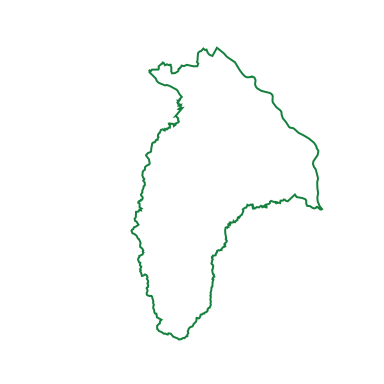 outline of Morales, Bolívar, Colombia, rotated 310°
{"feature_id": "7082276B13474155488733", "entity_name": "Morales", "entity_type": "district", "adm_level": 2, "iso_a3": "COL", "parent_name": "Colombia", "parent_adm1": "Bolívar", "projection": "robinson", "projection_center": [-74.012, 8.269], "detail": "fine", "context": "isolated", "style": "outline", "palette": "green", "viewbox_px": 384, "rotation_deg": 310, "n_neighbors": 0, "source": "geoboundaries", "source_scale": "gbopen_adm2", "svg_char_len": 6066}
<svg xmlns="http://www.w3.org/2000/svg" viewBox="0 0 384 384"><g transform="rotate(310 192 192)"><path d="M64.6,253.6L64.8,254.2L64.2,255.8L65.1,258.6L65.4,261.7L66.5,262.7L66.6,263.8L67.3,265.1L68.6,264.8L69.8,266.8L69.1,270.7L70.6,275.0L70.6,276.8L72.7,278.5L74.5,279.0L75.2,280.2L77.9,280.4L78.6,281.1L79.8,280.1L81.5,279.9L82.3,278.5L85.2,277.4L87.1,277.4L88.8,278.5L90.4,278.7L91.7,278.1L95.4,278.4L97.2,277.5L98.0,276.6L98.6,276.5L99.5,278.4L100.0,278.7L101.8,278.4L103.4,277.5L104.3,277.8L104.7,278.4L106.1,278.6L106.8,279.5L107.7,279.3L109.8,280.3L111.3,280.2L112.0,279.4L113.9,279.2L114.6,279.9L117.6,279.0L118.5,277.8L120.4,276.7L121.4,275.2L123.8,273.8L124.3,272.7L125.3,272.6L126.8,270.9L128.7,270.2L131.6,268.2L132.6,268.4L136.7,265.4L138.3,264.9L138.4,263.8L139.0,264.0L139.2,263.4L140.0,263.1L141.5,263.5L141.9,262.4L142.8,261.8L142.7,260.7L144.1,258.8L145.5,257.4L146.1,257.5L149.0,255.8L149.6,254.5L149.4,253.6L149.8,252.7L151.3,252.3L151.9,251.6L153.8,251.2L154.0,249.9L154.9,249.1L155.5,249.6L156.6,248.9L158.7,250.8L160.5,249.8L161.5,250.0L162.9,249.1L164.5,249.7L165.0,250.8L166.3,251.2L166.5,251.8L167.2,251.3L169.5,251.2L171.6,252.4L172.1,251.0L172.9,251.3L173.4,250.2L175.6,250.5L176.9,250.2L177.4,248.4L178.1,248.3L178.5,247.5L179.1,247.4L181.4,244.4L184.0,242.0L186.4,240.6L187.2,241.2L187.4,242.0L188.3,241.7L188.7,242.4L190.7,240.5L191.1,240.7L191.3,242.3L191.8,242.1L193.0,240.6L193.5,241.0L194.0,242.2L195.6,243.2L196.4,242.7L196.2,243.9L196.5,244.4L198.3,244.2L199.5,244.9L200.1,244.3L200.9,244.2L201.8,243.5L202.2,243.7L202.4,244.4L203.0,243.9L203.8,244.6L205.0,244.3L206.7,244.8L210.6,243.5L211.3,242.1L213.9,242.7L215.0,243.6L217.8,242.7L218.2,244.3L219.9,245.0L220.3,246.0L221.0,246.0L221.4,246.5L221.0,247.2L220.2,247.3L220.0,248.3L219.3,248.3L218.5,249.3L219.6,250.7L220.3,250.5L221.2,251.2L222.1,251.3L223.2,253.2L225.8,253.7L226.2,254.6L225.5,255.7L226.0,256.1L227.6,256.2L227.4,257.5L228.1,259.0L228.6,258.7L229.4,256.6L230.1,256.8L230.8,257.6L232.7,258.7L233.5,258.8L234.8,258.0L236.1,258.4L236.8,260.7L237.6,261.8L237.5,262.9L238.1,262.5L238.8,263.7L238.4,264.2L238.6,264.7L239.7,265.4L240.2,266.6L242.3,265.4L243.9,267.2L245.3,267.2L245.7,267.9L245.7,269.9L246.4,271.3L256.2,272.5L255.4,275.5L258.3,280.4L259.3,283.5L259.0,284.9L256.5,287.0L255.4,289.1L257.1,291.6L257.3,294.6L258.0,296.2L259.3,297.1L260.7,297.0L261.1,297.4L261.1,301.4L261.5,302.2L262.5,302.6L263.1,299.1L265.4,294.6L268.0,291.8L272.4,289.2L275.4,285.7L280.1,281.5L283.4,279.9L288.8,272.4L289.6,269.3L291.3,266.6L293.7,265.2L301.0,264.5L303.9,262.9L304.9,262.2L305.6,259.5L306.6,258.4L307.4,256.5L308.2,253.6L308.1,247.1L307.1,240.9L305.8,235.5L306.1,229.4L305.9,228.4L304.3,225.7L304.2,224.7L306.0,218.9L306.8,214.3L308.6,211.3L310.8,209.0L311.3,207.3L311.2,202.1L312.5,196.6L313.4,195.2L317.1,192.4L317.8,191.6L318.1,190.4L318.1,188.9L317.7,187.6L314.1,180.2L313.3,175.3L313.7,173.3L314.9,171.2L318.6,168.7L319.8,166.2L319.1,163.8L318.8,163.5L318.5,163.7L316.0,161.3L315.2,160.3L314.6,158.3L314.9,154.9L316.0,150.3L319.0,141.5L318.0,131.7L318.7,127.5L318.5,118.4L309.4,120.2L308.5,117.8L308.4,116.6L308.9,114.3L310.4,111.6L309.1,110.8L309.2,108.5L305.7,108.4L304.7,107.6L303.2,107.3L302.0,107.5L295.8,112.0L294.7,112.2L294.4,114.3L291.8,115.2L289.2,112.3L286.1,106.3L283.2,104.9L282.2,102.8L280.7,103.2L279.7,102.9L278.8,103.3L278.3,103.2L277.9,102.6L277.3,102.7L276.2,103.6L275.1,103.6L272.2,102.6L270.1,100.5L271.0,98.6L274.1,96.2L274.8,95.1L275.0,94.1L275.7,93.9L275.6,93.5L274.1,92.4L273.8,90.8L271.7,89.9L272.5,87.9L272.7,87.1L272.3,86.3L271.5,86.9L270.2,86.2L266.8,85.7L265.3,87.2L264.2,87.5L260.0,82.7L257.8,82.7L257.9,81.4L257.4,81.4L257.3,82.7L256.4,82.7L255.7,91.3L254.4,93.7L254.2,96.1L256.3,102.8L257.7,103.8L258.9,106.7L260.5,114.5L260.3,115.8L258.8,119.8L258.3,123.0L254.8,122.9L254.9,123.4L254.0,123.5L253.3,123.4L252.8,122.6L252.5,123.5L251.2,123.3L250.7,124.4L251.1,124.7L250.7,125.2L251.0,125.9L249.5,126.2L250.0,126.8L251.1,126.5L251.5,127.0L250.8,126.9L251.0,127.8L250.4,127.7L249.7,128.4L249.8,129.3L248.8,129.4L248.0,128.6L246.9,128.4L247.2,129.2L248.0,129.1L249.9,130.6L239.6,130.6L240.1,130.9L239.5,132.5L239.7,133.3L239.1,134.6L238.2,134.9L237.5,136.6L236.6,136.8L234.0,135.4L233.1,136.2L230.9,135.7L232.2,134.2L231.3,132.6L230.8,132.3L230.3,130.9L229.5,130.3L229.1,130.8L228.9,132.2L227.1,133.7L226.5,132.9L225.4,132.9L224.9,132.2L224.0,132.6L223.3,131.8L223.0,130.8L221.6,131.6L221.2,130.8L221.6,130.2L221.3,129.4L219.7,128.3L216.2,129.3L215.7,128.9L214.1,129.2L212.7,130.1L212.5,131.1L210.5,131.4L210.0,132.1L208.4,131.0L206.8,131.6L205.9,131.4L205.2,130.5L203.6,130.3L198.4,133.3L197.3,134.3L196.1,134.6L193.5,133.2L190.8,133.1L190.4,133.4L189.3,138.2L186.5,141.4L185.4,141.4L182.9,140.3L181.4,140.1L180.8,140.1L178.7,141.6L177.0,141.1L175.8,141.3L172.8,143.3L171.7,145.2L171.3,147.2L169.4,147.3L168.9,149.6L166.8,151.6L165.4,151.3L163.2,152.5L161.1,153.0L159.9,154.2L157.3,154.5L156.8,155.0L156.3,157.4L155.7,158.2L154.0,158.7L153.2,157.9L152.2,158.3L151.6,157.5L150.2,157.2L149.5,157.5L149.2,157.9L149.6,158.4L149.5,159.2L146.6,161.7L146.8,163.9L146.1,163.5L145.2,164.7L144.5,163.1L142.7,163.6L140.8,161.9L136.5,165.2L134.5,165.3L133.3,167.1L133.7,168.4L132.5,172.1L129.3,171.2L127.5,170.2L125.8,170.9L124.7,170.3L123.5,170.5L122.1,172.9L122.8,174.8L122.9,177.6L121.6,180.5L121.8,181.7L119.9,185.4L118.2,186.2L116.6,187.7L116.7,190.1L116.0,192.2L114.8,192.4L114.4,193.8L113.6,193.7L112.4,194.3L109.0,192.7L108.5,193.4L106.8,193.5L105.6,194.1L104.1,196.7L104.6,197.9L102.4,199.2L102.1,201.3L99.6,201.8L99.2,203.0L98.0,203.1L97.5,204.8L95.5,207.6L97.0,208.6L98.5,208.9L98.8,209.5L99.1,210.7L98.1,212.8L96.5,213.2L95.9,215.2L94.5,216.6L93.4,216.5L92.4,218.5L90.7,219.4L89.7,218.9L89.1,219.1L88.3,220.9L87.5,221.6L85.4,222.2L84.5,223.1L84.2,224.1L84.4,224.7L85.2,226.6L86.3,227.6L86.3,228.3L83.3,232.8L82.1,233.4L81.1,235.3L79.6,235.8L78.0,237.1L77.4,238.6L75.6,240.6L75.2,242.0L75.9,242.9L73.5,245.7L74.5,250.8L72.4,250.6L70.7,251.8L69.7,251.4L67.0,251.3L64.6,253.6Z" fill="none" stroke="#15803d" stroke-width="2"/></g></svg>